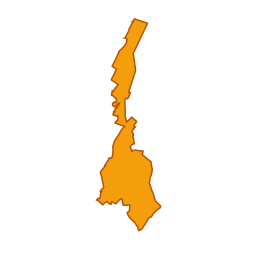 outline of Copalau, Botosani, Romania, rotated 250°
{"feature_id": "2599482B3629245685711", "entity_name": "Copalau", "entity_type": "district", "adm_level": 2, "iso_a3": "ROU", "parent_name": "Romania", "parent_adm1": "Botosani", "projection": "equal_earth", "projection_center": [26.934, 47.592], "detail": "fine", "context": "isolated", "style": "filled", "palette": "amber", "viewbox_px": 256, "rotation_deg": 250, "n_neighbors": 0, "source": "geoboundaries", "source_scale": "gbopen_adm2", "svg_char_len": 5716}
<svg xmlns="http://www.w3.org/2000/svg" viewBox="0 0 256 256"><g transform="rotate(250 128 128)"><path d="M213.6,155.6L213.2,156.2L212.7,156.7L212.1,157.3L211.6,157.4L210.9,156.8L210.4,156.6L209.8,156.2L209.5,156.2L209.2,156.1L208.1,155.1L206.7,153.2L206.0,152.0L205.4,151.1L205.4,150.9L204.9,149.8L204.3,148.5L204.0,147.8L203.1,145.8L202.7,145.4L201.4,144.4L200.7,143.8L196.1,139.0L195.1,138.2L194.1,136.9L191.4,134.2L189.1,135.8L187.3,137.3L181.9,131.8L179.4,129.1L179.1,128.9L178.7,128.9L178.3,129.1L175.5,131.4L174.2,132.1L172.5,133.4L172.1,133.6L171.7,133.0L171.6,132.4L171.4,132.1L170.3,130.8L170.1,130.3L170.1,129.9L169.9,129.8L169.8,129.6L169.6,129.6L169.5,129.3L169.0,128.8L168.9,128.5L168.6,128.1L168.5,127.9L168.2,127.3L167.9,127.1L168.0,126.9L167.7,126.8L167.6,126.3L167.9,126.1L167.5,126.0L167.5,125.8L167.3,125.8L167.3,125.5L167.1,125.6L167.0,125.3L166.8,125.3L166.6,125.0L166.4,124.9L166.2,124.6L165.5,124.1L165.0,124.1L164.5,123.7L164.2,123.9L164.3,124.3L162.2,125.7L161.6,125.7L161.4,126.0L159.9,126.7L159.0,126.8L158.1,126.7L157.3,126.5L156.6,126.1L156.3,125.5L156.5,125.3L156.5,125.1L156.9,124.9L157.0,124.7L156.7,123.9L156.7,123.5L157.0,123.0L156.5,122.8L156.2,122.1L156.1,121.8L155.8,121.6L155.2,121.5L154.1,121.4L152.8,122.5L152.5,122.9L152.7,124.0L152.8,124.7L153.4,125.8L153.6,126.0L154.0,126.2L153.9,126.4L154.1,127.1L154.2,127.5L154.3,128.0L154.2,128.5L153.5,127.9L153.3,127.4L152.9,127.0L152.7,126.5L152.2,126.0L152.1,125.8L151.8,125.6L150.5,124.3L150.9,124.1L151.1,123.9L150.7,123.0L150.2,122.2L149.4,121.8L148.4,121.8L148.1,121.4L148.3,121.4L148.0,120.7L148.5,120.3L148.3,120.0L148.0,119.8L147.4,119.8L147.0,119.8L146.9,119.6L146.4,118.8L145.3,118.5L145.2,118.9L144.9,119.1L144.0,120.2L143.8,120.7L143.6,120.8L142.9,121.8L143.0,122.1L143.2,122.3L143.2,122.5L142.8,122.7L142.4,122.6L142.0,122.5L141.7,122.5L140.7,122.1L139.4,121.2L139.1,120.8L138.8,120.8L138.7,120.8L138.6,120.7L138.8,120.3L138.7,120.0L138.5,119.3L138.3,118.9L137.8,118.1L137.4,117.8L137.0,117.6L130.7,125.3L129.3,122.6L128.1,120.6L127.5,119.9L125.9,118.2L124.9,117.0L124.2,116.0L122.6,114.0L122.0,112.8L121.8,112.6L120.7,111.3L119.3,110.0L118.3,109.3L116.4,107.8L114.9,107.1L114.0,106.9L112.3,106.4L110.3,105.6L108.3,104.5L107.8,104.3L107.2,104.0L105.7,102.5L105.4,102.1L106.0,100.9L106.2,100.7L106.2,100.4L105.9,100.0L105.8,99.5L105.8,99.3L104.7,98.8L100.9,93.5L100.4,93.8L96.7,88.0L96.3,87.3L95.7,87.0L95.3,86.9L93.7,86.7L93.1,86.7L92.1,86.6L91.4,86.6L91.2,86.5L90.8,86.6L90.5,86.6L89.7,86.2L89.4,86.2L89.0,86.2L88.8,86.2L88.0,86.0L80.6,84.9L79.4,83.0L79.5,82.7L78.4,80.7L77.9,80.3L77.4,80.7L77.3,81.1L77.1,81.3L77.0,80.7L76.7,80.4L73.9,78.9L72.7,78.4L71.8,77.8L71.6,77.3L71.5,76.8L71.8,75.9L71.7,75.7L72.1,75.4L70.9,73.9L70.1,75.1L69.6,75.2L67.7,76.3L64.5,78.0L65.1,79.4L65.6,81.0L66.3,82.7L66.7,82.9L66.1,82.9L65.1,83.5L63.6,84.4L62.7,85.1L62.2,86.1L63.6,87.2L63.8,87.1L64.3,87.4L63.1,88.5L62.0,89.7L61.1,90.5L61.2,90.8L61.1,91.4L61.8,91.9L62.0,92.1L63.1,95.0L63.4,95.4L63.4,95.7L63.9,96.6L63.1,98.1L62.2,97.8L61.9,97.8L61.4,97.9L60.3,97.5L59.6,97.6L59.0,97.2L57.5,97.2L57.5,97.3L57.3,97.4L56.9,97.3L56.5,98.2L56.5,98.3L55.2,103.3L54.8,103.1L54.3,103.1L53.7,102.9L49.4,100.7L49.2,100.4L49.2,100.0L48.9,98.3L46.5,98.2L45.8,98.3L44.1,98.7L41.1,99.8L36.4,102.3L36.0,102.4L35.2,102.4L33.5,102.7L31.5,103.4L31.2,103.4L30.1,103.0L28.1,102.9L27.9,103.0L28.0,103.3L27.9,103.5L27.8,104.3L28.2,104.8L28.3,105.1L28.1,105.5L28.2,106.0L28.3,106.0L28.4,106.3L28.7,107.2L29.2,107.8L30.5,109.1L30.8,109.9L31.5,110.9L31.7,111.0L32.3,111.8L32.5,112.1L32.7,112.3L32.9,112.3L33.0,112.5L33.5,113.3L34.2,114.2L34.4,114.5L35.0,115.0L35.2,115.3L35.4,115.8L35.8,116.4L36.6,117.2L36.7,117.9L36.5,118.5L36.4,119.2L37.6,121.1L38.6,121.8L39.9,124.8L40.6,125.8L40.8,126.4L41.4,128.7L41.7,129.2L41.9,130.7L42.2,131.1L43.5,132.0L48.5,129.5L50.0,129.0L53.3,128.7L54.8,129.2L63.2,129.1L68.4,129.2L68.8,129.3L69.7,129.6L71.7,130.8L73.5,131.6L74.2,132.2L74.9,132.9L76.4,134.1L78.7,135.6L79.7,136.1L81.4,136.8L85.7,137.4L88.4,138.1L88.8,137.8L89.8,137.3L91.9,135.9L93.8,134.9L97.9,132.3L98.2,132.2L98.6,132.6L98.7,133.0L99.3,133.0L99.4,133.3L99.7,133.5L100.4,133.5L100.6,133.7L100.8,134.1L101.2,134.2L103.7,129.1L104.3,128.3L104.6,127.6L105.0,126.3L105.0,125.8L105.0,123.5L105.9,123.9L106.5,124.0L108.1,123.5L109.4,123.6L109.6,123.5L110.5,125.1L111.1,126.7L111.2,127.5L111.1,128.5L112.2,128.8L116.0,129.5L117.4,129.6L117.6,129.5L118.5,129.6L118.9,130.2L119.0,130.5L119.5,130.8L119.8,130.8L120.1,130.4L120.3,130.3L120.6,130.3L121.2,131.0L121.8,130.7L123.4,130.3L124.2,131.8L124.7,132.3L125.1,132.4L125.7,132.5L125.9,132.7L126.0,132.9L125.4,133.2L125.4,133.4L126.6,135.3L128.2,134.2L130.9,138.2L131.3,138.3L132.0,137.9L137.0,135.2L136.0,133.5L135.9,132.7L135.6,132.1L135.0,131.4L134.9,130.5L134.5,129.3L134.2,128.9L135.0,128.8L135.5,128.8L137.2,129.1L138.9,129.3L139.3,129.4L140.8,129.6L141.9,130.1L143.0,130.4L145.7,131.6L146.5,131.7L151.0,133.2L154.6,134.2L155.6,134.8L156.5,135.6L156.4,136.1L156.1,136.6L155.9,137.3L156.3,137.3L156.2,138.1L156.1,138.4L156.6,139.1L157.4,139.6L158.4,140.7L158.6,140.6L160.5,142.4L161.0,141.8L161.3,141.1L161.3,140.9L162.1,141.4L165.8,144.2L179.0,154.5L179.9,154.9L183.2,155.7L185.8,156.2L192.5,157.7L195.4,158.2L196.2,158.5L196.6,158.8L219.7,182.1L220.0,181.9L226.1,174.2L228.1,171.9L228.2,171.1L228.1,170.9L227.2,170.0L226.8,169.7L226.4,169.8L226.4,169.6L226.5,169.3L226.4,168.6L226.5,168.4L226.4,168.1L226.1,168.1L225.5,168.2L225.2,168.0L224.9,167.7L224.7,167.5L224.6,167.3L224.2,166.7L223.9,166.4L222.7,165.3L221.3,163.5L220.9,163.2L220.1,162.8L219.6,162.2L218.7,161.7L218.9,161.7L216.4,159.1L214.9,157.3L214.5,157.1L214.4,156.9L213.6,155.9L213.6,155.6Z" fill="#f59e0b" stroke="#b45309" stroke-width="1.5"/></g></svg>